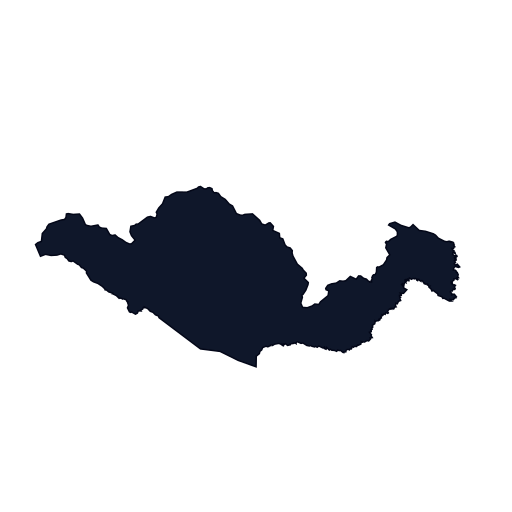 the district of Ikelenge, North-Western, Zambia, rotated 306°
{"feature_id": "96606910B32160654105939", "entity_name": "Ikelenge", "entity_type": "district", "adm_level": 2, "iso_a3": "ZMB", "parent_name": "Zambia", "parent_adm1": "North-Western", "projection": "equal_earth", "projection_center": [24.346, -11.254], "detail": "fine", "context": "isolated", "style": "filled", "palette": "ink", "viewbox_px": 512, "rotation_deg": 306, "n_neighbors": 0, "source": "geoboundaries", "source_scale": "gbopen_adm2", "svg_char_len": 6138}
<svg xmlns="http://www.w3.org/2000/svg" viewBox="0 0 512 512"><g transform="rotate(306 256 256)"><path d="M359.0,345.1L359.8,352.8L358.7,356.1L356.2,358.0L354.7,358.3L348.6,355.2L345.4,354.6L344.6,352.9L343.5,352.7L342.9,352.9L342.5,354.6L338.9,356.2L335.6,363.6L331.8,362.9L329.5,364.0L323.8,364.2L319.4,362.1L318.6,360.7L317.6,360.4L313.7,362.9L311.1,363.4L309.8,362.1L308.4,362.0L306.5,362.5L305.8,363.6L303.8,363.6L303.0,364.7L301.7,363.5L302.1,363.1L301.7,361.8L302.2,358.9L301.2,356.1L301.4,352.4L300.2,350.7L296.1,350.7L294.9,344.3L288.8,343.2L286.7,341.2L285.1,338.3L281.3,336.9L277.9,333.5L274.5,331.3L270.8,331.4L269.9,332.5L270.6,335.4L266.3,337.6L256.9,335.1L253.7,335.3L251.7,331.8L248.6,330.8L244.3,327.9L241.8,323.9L244.2,319.9L249.9,317.8L251.3,316.1L252.6,316.6L257.6,316.4L263.4,314.9L265.3,313.9L266.2,307.8L270.1,308.0L271.6,306.7L272.4,302.3L273.2,300.7L273.7,294.2L277.7,285.9L279.7,283.4L281.7,282.2L282.6,278.9L281.5,275.7L282.1,272.9L285.6,267.6L284.7,264.5L288.0,261.6L286.5,254.5L290.2,252.7L291.2,248.0L290.4,247.0L286.4,245.3L285.3,241.8L287.0,238.0L288.0,228.4L283.1,222.5L280.9,221.1L279.8,219.1L278.8,215.2L282.7,207.6L282.3,203.8L283.7,197.8L283.3,192.6L284.6,188.7L283.8,186.4L282.5,185.0L283.2,182.3L284.6,180.8L284.1,178.3L282.8,176.9L281.1,176.4L279.8,174.5L279.6,170.2L278.0,168.9L276.3,168.7L267.0,162.5L261.2,154.4L256.2,151.5L252.6,150.3L250.3,147.9L243.3,149.7L237.7,149.1L232.8,149.6L231.9,151.3L228.7,152.6L227.1,151.5L226.0,147.4L223.6,145.3L212.6,141.9L211.3,140.3L209.4,139.9L206.5,137.3L201.5,139.8L199.3,143.3L197.8,148.9L192.7,148.1L191.4,146.7L190.5,142.7L190.5,138.2L189.8,133.5L190.2,129.6L188.0,127.6L187.4,125.1L190.3,118.7L187.9,114.8L187.3,112.3L188.2,109.9L183.0,105.0L181.3,101.1L181.1,99.5L184.7,93.4L186.2,88.5L182.2,83.7L179.9,79.1L178.6,77.9L175.5,79.6L173.0,79.6L170.5,77.1L160.0,69.8L156.7,69.8L154.9,70.5L148.6,69.9L141.7,73.8L138.6,71.7L135.7,70.9L129.1,81.8L133.6,84.7L136.0,89.9L139.8,94.5L143.0,96.9L144.1,100.6L142.8,102.5L142.9,104.8L142.0,107.5L142.9,109.8L144.5,110.9L144.5,116.5L145.0,118.3L144.1,121.6L144.7,123.5L144.2,127.8L142.6,128.8L139.4,136.7L139.6,139.7L140.9,144.3L141.1,149.5L140.6,152.9L139.9,153.9L140.6,154.9L140.4,158.0L141.6,161.6L141.1,161.9L141.7,162.4L141.3,162.8L141.9,166.3L141.4,169.5L141.8,169.3L141.8,170.7L142.5,171.4L142.8,173.4L143.3,173.4L144.3,176.7L143.5,178.0L143.6,179.4L143.0,179.3L141.2,181.8L138.5,182.5L136.4,186.5L136.8,187.9L137.6,188.1L138.1,192.7L140.1,193.6L142.4,193.0L143.9,195.2L144.1,194.5L146.5,195.5L148.1,195.1L148.7,196.3L149.2,195.8L149.8,199.4L149.1,202.9L149.9,205.8L149.3,209.2L150.1,212.4L149.1,213.8L148.2,265.7L157.7,283.0L161.1,303.0L166.4,321.2L175.1,315.1L179.0,316.1L181.1,315.2L183.3,315.8L185.8,315.2L188.9,317.1L189.4,318.8L190.4,319.6L191.7,319.8L192.1,320.7L192.9,320.4L193.6,321.1L193.4,322.0L195.5,322.8L198.5,325.6L199.2,327.3L199.3,330.2L200.1,329.4L200.1,330.7L201.2,330.2L201.4,331.1L202.4,331.3L202.2,334.1L204.3,335.9L205.0,335.4L207.5,337.9L207.8,337.5L208.6,338.4L208.7,339.9L209.3,339.3L210.9,339.7L211.8,343.8L213.2,345.1L213.5,349.7L214.6,352.1L215.9,353.1L215.8,354.2L216.9,356.9L217.8,357.1L218.2,359.2L220.1,359.7L220.9,364.1L222.4,364.9L221.3,365.6L221.7,367.4L223.2,366.8L222.9,367.5L223.5,367.5L223.0,370.6L224.4,371.2L224.3,372.7L225.7,374.9L226.3,377.3L228.0,377.4L228.3,378.8L229.3,380.0L229.1,382.9L229.5,383.9L230.1,383.6L231.3,385.0L232.5,384.3L233.9,384.6L235.0,386.1L234.9,386.7L236.2,386.8L236.9,387.8L239.3,387.1L239.5,388.5L240.8,388.8L241.9,390.6L243.7,390.5L243.9,391.2L246.3,392.6L248.0,391.8L248.5,392.4L248.8,391.5L250.2,394.4L252.8,395.5L253.5,397.1L256.3,397.4L256.8,396.5L258.3,398.0L259.1,395.9L260.1,395.7L261.0,392.6L262.5,393.7L264.2,392.4L264.9,393.0L266.1,391.9L267.0,392.3L268.5,390.9L271.0,391.9L273.0,390.7L272.8,391.2L274.4,391.5L275.5,393.0L276.7,393.5L276.7,392.8L277.3,392.7L277.7,394.0L277.9,393.0L279.6,393.8L280.5,392.6L282.2,393.4L282.6,392.4L283.1,393.4L284.3,393.5L284.7,394.8L286.4,394.2L287.0,396.3L287.8,396.5L288.7,394.7L291.7,395.2L291.9,395.9L292.9,395.9L292.9,397.1L293.7,396.9L294.1,398.5L296.2,398.2L297.2,399.2L297.6,398.2L300.0,396.9L300.4,398.4L303.1,397.9L305.0,399.2L306.4,397.0L307.6,397.2L307.5,396.1L308.5,395.2L309.6,396.7L310.1,396.5L310.7,394.5L312.5,397.3L317.4,397.8L317.0,394.7L317.9,392.9L318.2,393.4L319.2,392.9L318.3,391.6L318.5,390.5L319.9,390.8L320.0,392.4L322.5,391.9L322.6,392.8L323.0,392.2L324.0,392.5L323.8,390.9L324.3,390.5L325.0,391.0L324.3,392.0L325.4,392.8L326.3,391.1L326.3,393.3L325.5,394.9L326.4,393.7L328.3,393.0L328.5,395.4L330.1,396.2L330.8,397.9L331.4,397.9L331.8,399.4L331.0,400.2L331.1,401.2L332.4,400.8L332.9,401.6L332.4,402.3L332.5,404.2L332.9,403.9L333.8,405.1L332.6,408.2L333.2,408.4L332.7,409.4L334.1,411.3L333.3,411.7L333.6,412.6L332.8,414.1L333.3,414.4L332.4,414.5L332.3,416.7L331.1,419.0L332.3,419.5L332.2,425.3L331.1,426.5L332.3,430.3L331.5,432.1L332.4,433.0L333.2,438.9L334.4,440.5L334.3,438.9L335.0,438.4L336.5,441.3L337.9,441.4L338.1,440.8L339.7,442.2L339.9,441.5L340.8,442.0L341.5,439.5L341.6,438.6L339.5,437.2L340.8,436.5L341.1,434.3L342.2,434.2L343.1,435.4L345.2,435.0L345.7,436.4L346.6,436.4L347.6,434.7L349.5,434.6L349.2,433.2L348.6,432.9L348.6,430.3L349.3,429.5L349.6,430.6L350.5,429.6L352.9,430.3L353.9,429.6L355.1,431.0L355.3,433.0L355.7,433.1L356.6,431.4L357.5,432.5L358.0,431.1L359.7,430.6L361.0,428.4L360.5,427.8L361.5,426.7L361.6,425.4L360.7,423.9L362.8,423.0L364.6,423.2L365.8,426.6L366.9,427.2L367.7,423.6L365.9,422.8L366.2,420.9L368.1,421.1L368.9,419.2L370.4,420.3L371.1,419.5L370.5,418.6L371.2,417.5L372.1,417.8L371.8,418.9L372.3,418.4L373.8,418.9L374.4,418.1L374.1,417.1L372.9,416.9L372.9,414.1L374.4,413.3L375.2,415.6L375.9,414.7L375.8,413.6L376.6,413.1L376.2,412.3L377.3,410.0L378.2,411.4L379.4,410.9L380.3,411.4L380.7,410.0L381.4,409.8L381.1,409.2L382.6,408.5L382.9,407.2L382.4,405.8L381.8,406.0L381.4,405.2L382.0,404.7L381.5,403.5L379.7,402.0L378.7,399.9L377.6,393.0L378.4,389.0L378.2,386.4L375.6,378.6L372.6,373.0L373.7,364.6L369.9,364.0L368.6,362.9L366.0,355.2L365.1,348.5L360.7,345.1L359.0,345.1Z" fill="#0f172a" stroke="#020617" stroke-width="1.5"/></g></svg>